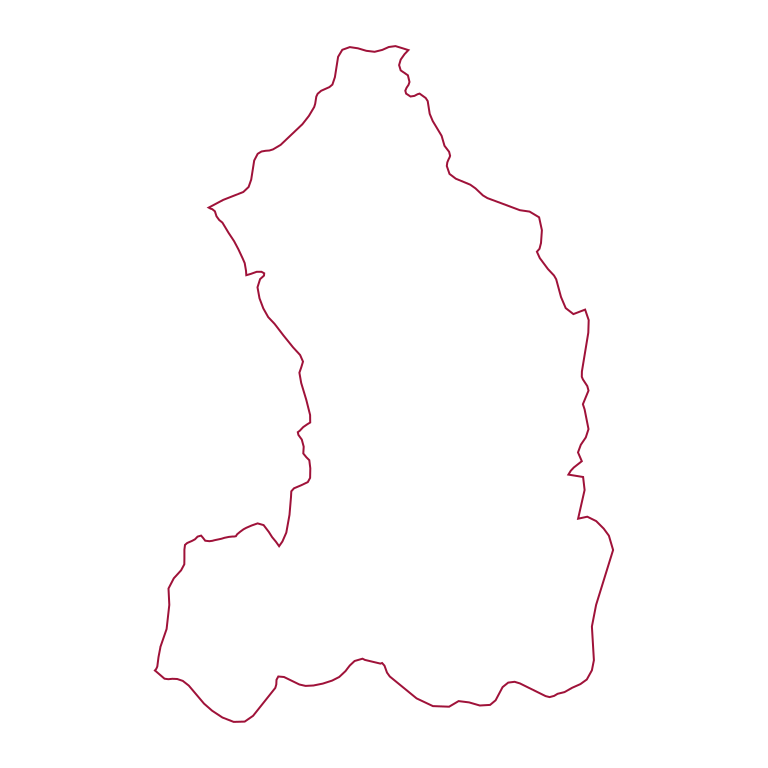 Eastern, Mercator projection
{"feature_id": "RWA-3493", "entity_name": "Eastern", "entity_type": "Province", "adm_level": 1, "iso_a3": "RWA", "parent_name": "Rwanda", "parent_adm1": "", "projection": "mercator", "projection_center": [30.365, -1.745], "detail": "fine", "context": "isolated", "style": "outline", "palette": "rose", "viewbox_px": 768, "rotation_deg": 0, "n_neighbors": 0, "source": "natural_earth", "source_scale": "10m", "svg_char_len": 3286}
<svg xmlns="http://www.w3.org/2000/svg" viewBox="0 0 768 768"><path d="M380.4,663.6L364.9,659.9L362.5,658.7L354.6,661.0L349.8,665.5L347.7,668.2L345.5,671.1L339.2,677.0L332.1,680.6L322.8,683.6L313.4,685.5L305.5,685.9L299.4,684.5L284.0,677.0L278.3,676.5L276.5,679.8L276.3,684.4L275.3,687.9L253.1,715.8L244.7,721.6L233.7,721.9L222.4,717.5L212.1,710.7L204.0,703.6L188.8,685.6L182.8,680.9L177.2,679.0L172.4,678.8L168.3,679.2L164.5,678.7L155.8,671.2L154.9,670.5L156.1,669.1L156.8,667.7L157.3,666.5L158.5,657.1L160.3,647.8L160.4,646.9L160.7,646.1L166.6,629.0L169.3,604.9L168.5,588.5L173.8,578.3L181.1,570.3L184.3,564.3L184.4,558.6L184.4,549.7L185.0,544.9L187.2,543.0L192.0,540.9L195.0,539.3L197.6,536.6L201.1,535.6L202.9,537.7L205.2,540.7L209.4,541.2L212.4,540.8L213.8,540.4L215.5,540.0L218.4,539.4L221.6,538.7L224.5,537.8L228.9,536.9L232.8,536.5L234.3,536.5L235.9,536.2L237.1,534.3L240.1,531.8L243.5,529.3L246.3,527.8L251.6,525.5L257.6,523.4L263.6,525.1L268.8,531.9L272.1,537.1L275.9,541.7L279.1,546.2L282.4,541.5L286.3,532.6L289.5,514.8L291.0,497.0L291.3,491.3L294.0,488.3L301.1,485.3L307.8,482.1L310.1,477.9L310.3,468.3L309.3,460.2L306.4,457.3L303.3,453.5L303.7,446.7L301.8,439.6L298.4,434.9L297.8,432.2L299.7,430.8L303.2,427.1L307.4,424.2L310.2,422.5L310.1,415.0L306.3,399.9L301.2,383.0L299.4,372.7L301.3,367.2L303.0,361.6L300.1,355.0L293.1,347.4L283.5,335.5L274.6,323.9L268.2,317.1L263.3,308.4L259.5,298.3L257.5,287.3L260.1,279.1L264.0,275.6L264.2,273.3L261.5,271.8L256.7,271.8L250.8,273.9L246.3,275.2L246.0,270.7L244.7,263.1L242.7,258.5L238.4,249.3L234.1,241.2L228.6,232.9L222.4,222.6L219.2,220.0L216.5,216.3L214.9,211.3L212.2,209.1L210.7,208.7L208.7,207.6L223.2,199.9L243.3,192.0L248.6,187.0L251.2,179.6L254.2,160.5L257.7,153.8L261.5,151.5L265.5,150.8L269.4,150.5L273.0,149.4L280.6,144.9L302.5,124.1L308.9,115.9L314.2,107.0L315.2,103.7L316.3,96.6L317.7,93.7L319.4,92.3L321.1,90.8L329.4,87.1L332.4,84.6L334.9,77.2L338.1,56.8L342.3,49.8L349.8,47.1L357.9,48.3L366.3,50.8L374.6,51.8L382.3,49.9L388.8,47.0L395.5,46.1L403.0,48.4L408.4,50.1L404.5,54.2L400.7,59.6L399.1,65.1L400.7,70.4L407.9,75.3L409.5,82.0L408.5,84.9L406.6,87.7L405.3,90.7L406.1,93.6L410.5,96.5L414.4,95.9L417.6,94.2L419.6,93.6L425.7,98.0L427.7,101.1L429.7,113.8L432.7,121.0L441.6,135.8L444.5,145.8L449.1,151.8L450.1,155.8L449.6,157.3L448.5,159.5L447.3,162.4L446.8,166.0L449.5,173.9L455.8,178.7L470.3,184.7L475.5,188.4L482.9,195.4L487.4,198.1L519.9,210.2L529.6,211.6L539.1,217.3L541.9,230.2L541.0,243.0L539.5,248.8L536.9,251.7L539.8,258.1L547.9,269.0L554.0,275.5L556.2,279.3L561.0,297.0L565.7,308.1L573.4,314.1L585.1,309.6L588.7,320.1L588.3,332.7L581.9,371.5L581.8,376.8L582.9,379.4L587.3,386.1L588.5,390.6L582.9,404.2L584.6,409.4L588.5,429.1L585.8,437.4L580.8,444.8L578.0,452.4L581.8,461.2L573.8,467.5L570.8,470.7L568.4,474.6L583.1,477.0L584.6,490.0L578.1,518.7L587.3,516.7L596.2,521.1L603.7,528.6L608.9,535.7L613.1,550.0L596.1,604.9L591.9,626.5L593.9,660.2L591.9,670.3L586.8,679.5L580.4,684.1L572.1,687.8L564.5,692.1L557.6,693.8L554.1,695.9L549.6,697.1L545.6,696.1L519.9,683.4L514.6,681.8L508.2,682.6L502.6,687.1L495.6,700.3L490.1,704.9L479.8,705.5L469.1,702.4L458.6,701.1L449.1,706.7L432.9,706.1L416.6,698.4L389.8,676.5L387.0,672.6L384.5,665.7L382.1,663.0L380.4,663.6Z" fill="none" stroke="#9f1239" stroke-width="2"/></svg>